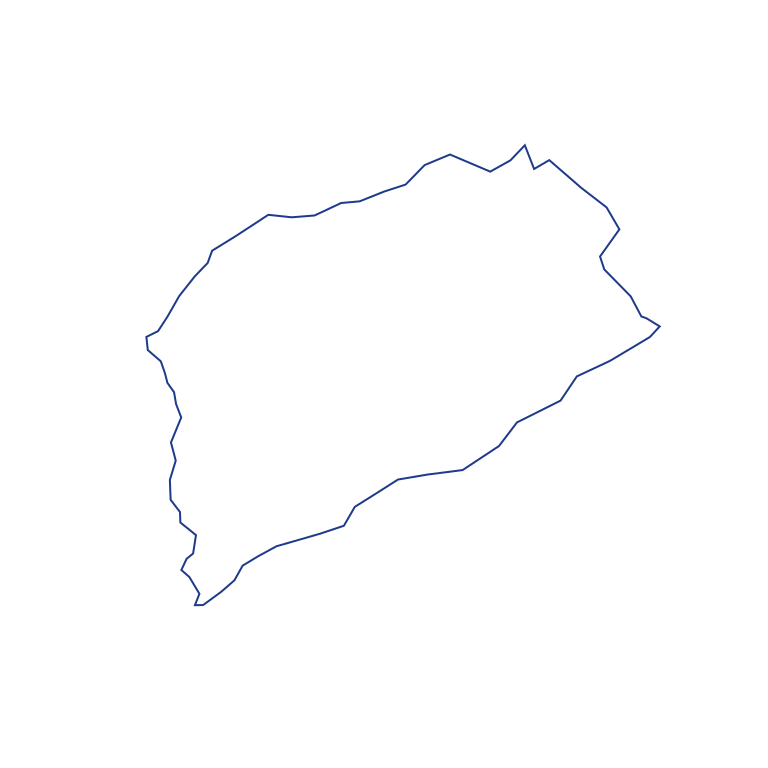 Ayia Marina Kelokedharon, Paphos, Cyprus (Mercator projection), rotated 20°
{"feature_id": "46923920B72864287320521", "entity_name": "Ayia Marina Kelokedharon", "entity_type": "district", "adm_level": 2, "iso_a3": "CYP", "parent_name": "Cyprus", "parent_adm1": "Paphos", "projection": "mercator", "projection_center": [32.613, 34.821], "detail": "fine", "context": "isolated", "style": "outline", "palette": "blue", "viewbox_px": 768, "rotation_deg": 20, "n_neighbors": 0, "source": "geoboundaries", "source_scale": "gbopen_adm2", "svg_char_len": 1053}
<svg xmlns="http://www.w3.org/2000/svg" viewBox="0 0 768 768"><g transform="rotate(20 384 384)"><path d="M282.0,656.5L289.6,653.6L302.0,635.1L310.6,619.6L313.3,603.0L322.0,592.2L324.5,589.1L338.5,573.2L353.1,562.6L375.3,546.4L394.8,530.9L398.6,509.4L413.6,490.1L429.8,469.0L455.7,454.3L487.3,438.0L513.3,402.9L522.1,374.6L555.6,339.2L562.6,310.9L588.5,284.9L617.8,248.9L623.4,235.6L608.3,232.5L602.7,232.5L585.9,217.3L551.8,201.0L543.4,190.3L552.3,158.2L538.4,146.6L532.7,141.9L502.5,132.3L462.7,117.1L451.5,130.6L434.7,111.5L426.3,130.6L411.2,148.1L367.5,145.8L347.3,164.4L336.1,189.2L318.2,203.2L298.6,220.7L281.8,228.6L261.1,249.4L240.3,258.9L217.4,264.6L193.8,296.1L176.9,317.5L176.9,330.6L169.4,347.5L161.5,371.3L157.5,394.7L153.6,411.6L144.6,421.0L150.4,432.9L166.5,439.0L174.4,448.7L180.1,457.0L189.5,463.5L195.5,474.0L204.9,484.8L203.8,511.8L214.5,527.2L215.6,547.4L223.1,565.8L236.1,574.1L240.0,583.8L259.0,590.3L262.6,608.6L258.3,615.8L257.2,628.1L267.2,632.0L282.3,644.3L282.0,656.5Z" fill="none" stroke="#1e3a8a" stroke-width="2"/></g></svg>